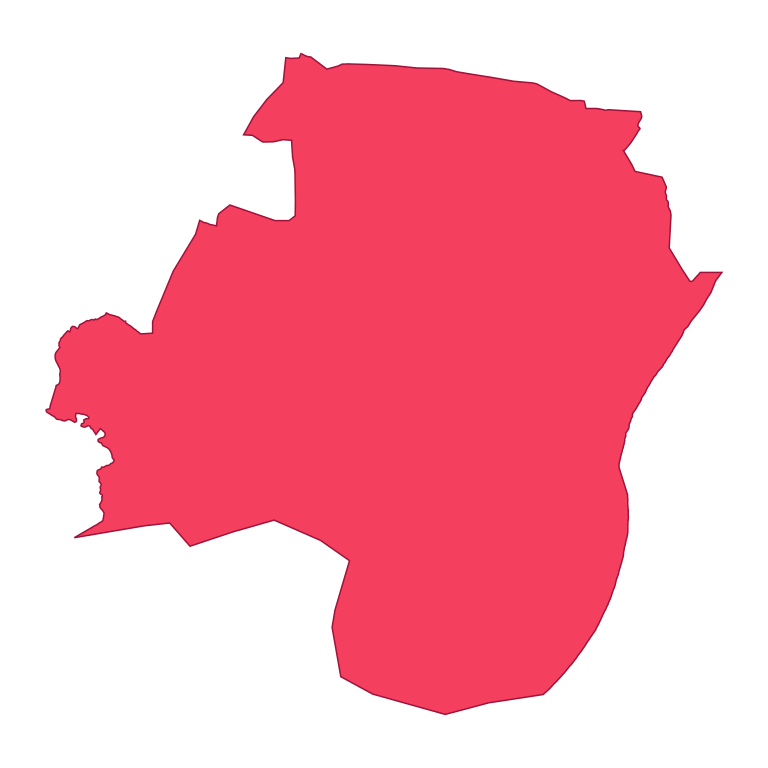 the district of Keta Municipal, Volta, Ghana
{"feature_id": "2480657B20833842549797", "entity_name": "Keta Municipal", "entity_type": "district", "adm_level": 2, "iso_a3": "GHA", "parent_name": "Ghana", "parent_adm1": "Volta", "projection": "mercator", "projection_center": [0.862, 5.938], "detail": "fine", "context": "isolated", "style": "filled", "palette": "rose", "viewbox_px": 768, "rotation_deg": 0, "n_neighbors": 0, "source": "geoboundaries", "source_scale": "gbopen_adm2", "svg_char_len": 5956}
<svg xmlns="http://www.w3.org/2000/svg" viewBox="0 0 768 768"><path d="M301.0,53.6L299.1,58.0L290.6,58.4L285.8,57.7L283.9,75.7L283.1,82.7L266.7,99.6L253.6,116.7L243.6,134.8L252.4,135.3L262.7,142.0L273.3,141.8L282.9,139.7L291.6,140.3L291.8,144.6L292.6,157.1L294.8,169.4L295.0,174.2L295.4,200.6L295.2,215.8L289.0,220.6L275.0,220.6L229.9,205.0L218.9,213.6L217.5,217.4L216.5,225.9L214.1,225.3L209.7,224.4L207.9,223.5L205.4,222.7L204.0,222.6L199.7,220.3L195.7,233.9L194.4,236.2L173.3,271.0L156.5,311.5L152.6,321.6L152.6,333.2L140.6,333.9L139.5,332.9L136.9,331.1L136.2,330.3L135.0,329.4L134.2,329.0L131.1,326.4L130.1,325.7L128.4,324.8L125.9,323.0L125.6,321.2L123.9,321.3L122.4,320.0L120.4,318.6L119.6,317.8L118.5,317.1L117.1,316.8L114.9,315.9L109.7,314.6L106.4,312.9L106.1,313.0L105.7,314.6L104.4,315.3L103.5,316.0L101.3,316.9L98.9,318.5L98.0,318.9L96.8,319.6L95.2,319.0L94.2,320.0L91.6,319.5L88.7,320.9L87.0,320.6L83.2,323.0L79.9,324.6L78.2,327.8L77.8,328.4L77.1,328.6L76.9,328.5L75.3,327.1L74.1,326.5L72.4,326.4L71.3,327.5L70.9,328.1L70.6,329.0L70.1,331.3L69.8,331.8L69.0,331.6L68.0,330.9L67.6,330.9L63.4,335.6L62.8,336.9L61.6,337.5L60.6,338.9L60.4,339.4L60.3,340.6L59.2,342.3L59.0,343.0L59.0,345.8L59.9,347.5L56.0,352.4L55.4,353.8L55.1,355.0L55.3,359.1L55.6,360.0L56.6,362.4L57.6,364.0L57.9,364.9L59.5,367.9L60.0,368.9L60.1,369.7L60.3,370.6L60.1,373.1L59.7,373.9L59.9,375.9L60.1,377.1L60.0,381.3L59.3,383.2L58.9,383.9L58.0,384.6L56.2,385.5L56.0,385.9L56.1,386.4L50.0,406.5L50.1,406.9L49.8,408.7L49.4,408.9L47.4,409.2L46.3,409.6L46.1,409.9L46.3,411.4L46.5,411.7L47.0,412.2L48.2,413.0L50.2,414.2L52.3,415.7L53.6,416.2L54.7,417.0L56.5,419.1L57.4,419.3L60.2,419.7L61.0,419.8L62.4,420.6L64.1,420.9L65.4,420.8L66.3,420.4L66.7,420.0L67.7,419.7L68.7,419.5L70.4,419.8L74.1,422.0L74.6,422.2L75.6,422.0L76.1,421.7L76.5,420.8L76.4,418.8L75.5,417.0L75.7,414.6L76.0,413.5L79.4,413.5L81.0,414.0L84.0,414.4L86.7,415.4L87.6,416.0L88.9,417.5L88.8,418.1L88.1,418.8L86.2,418.6L83.7,420.0L84.1,421.9L84.0,422.5L83.5,423.0L81.5,423.9L81.0,425.9L81.5,426.3L82.4,426.7L84.0,427.1L85.7,426.9L87.9,425.7L89.7,426.0L90.0,426.2L90.2,426.7L90.7,427.9L91.0,428.3L92.6,429.3L95.9,434.5L100.3,428.7L101.2,429.2L102.3,430.2L102.7,430.7L104.3,432.0L105.0,432.9L105.1,434.5L105.0,435.6L103.7,437.1L103.3,437.4L101.0,438.0L98.4,439.2L98.0,439.9L98.2,441.4L98.4,441.6L100.0,442.7L101.4,442.9L101.7,443.4L102.5,445.2L103.0,445.7L106.7,447.4L108.5,448.6L109.5,449.7L111.2,452.7L112.0,455.5L112.3,457.9L114.3,460.3L112.6,463.0L111.4,463.3L110.3,464.1L109.3,465.1L108.4,465.3L106.4,465.6L103.8,467.2L102.5,467.1L101.6,467.1L101.5,467.3L101.0,468.7L100.5,469.0L98.2,470.0L97.6,470.3L97.1,471.1L96.9,473.4L97.3,474.6L99.0,476.8L99.3,477.8L99.1,480.9L99.1,481.7L100.8,483.4L101.2,484.5L101.0,485.4L100.7,485.9L100.2,487.0L100.2,487.6L100.7,490.3L99.9,492.2L99.7,492.8L99.9,493.3L100.3,493.8L100.9,494.2L101.9,494.6L102.4,495.3L102.4,495.8L102.2,496.4L101.7,496.9L101.8,497.8L102.0,498.3L102.1,498.9L101.5,501.5L99.6,504.5L100.1,507.7L102.9,510.9L104.1,513.1L103.9,514.7L103.7,515.4L103.4,518.0L103.2,518.3L103.2,519.1L103.0,520.0L102.7,520.6L101.3,521.9L101.1,522.0L100.0,522.4L97.1,524.5L96.8,524.6L96.4,525.0L95.3,525.4L74.3,537.7L143.6,525.9L169.7,523.0L190.0,546.2L233.5,531.7L274.1,520.1L320.5,540.4L349.5,560.7L335.0,610.0L332.1,627.4L340.8,676.7L372.7,694.1L445.2,714.4L488.7,702.8L543.2,694.5L549.9,688.4L554.1,683.7L556.5,681.5L562.8,674.5L563.1,674.0L563.7,673.6L569.6,666.2L571.2,664.7L576.8,657.4L577.5,656.1L581.9,650.4L582.2,649.8L584.8,646.1L586.3,643.6L591.3,636.2L595.6,630.0L596.5,627.8L598.4,624.5L604.7,610.9L605.5,609.9L606.1,608.3L607.9,604.4L608.1,604.3L608.0,604.0L610.5,598.3L613.2,590.1L614.5,587.2L615.2,584.8L616.2,580.1L618.4,574.2L619.1,570.8L621.7,562.1L621.7,561.9L623.4,555.8L623.5,553.1L624.6,546.7L625.1,545.4L626.2,539.7L626.7,538.5L627.6,533.9L627.8,531.8L627.9,522.2L628.0,521.1L628.3,519.7L628.4,515.8L628.2,515.4L628.3,510.2L627.9,507.3L627.9,505.3L627.7,504.9L627.8,498.6L627.6,497.7L627.5,494.5L619.0,467.3L619.1,463.5L619.8,461.2L619.8,460.4L620.4,458.5L620.8,456.0L621.0,455.5L621.2,454.3L621.4,454.1L622.6,449.3L623.2,447.6L623.3,446.7L624.0,444.3L624.8,440.5L624.6,439.7L624.9,438.5L625.2,437.3L625.6,436.8L625.8,435.9L625.7,433.5L625.8,433.0L628.1,429.7L628.3,429.1L628.7,428.8L629.0,427.1L629.2,424.1L630.6,421.1L631.3,418.2L632.1,417.3L632.4,416.1L632.5,413.8L635.9,408.9L638.5,404.5L638.5,404.2L639.8,402.4L641.2,399.8L641.5,398.8L641.5,398.0L645.0,393.0L646.5,389.6L647.6,387.3L649.2,385.0L651.1,381.5L654.0,376.9L655.3,375.6L656.4,374.1L657.8,371.7L661.4,367.8L661.8,367.4L662.8,366.1L663.5,364.4L664.1,363.5L665.4,361.9L666.2,360.2L667.6,358.0L669.2,356.2L671.2,352.7L671.7,352.2L672.6,350.6L673.1,349.4L681.8,335.8L683.3,332.4L684.0,330.2L684.4,329.6L687.3,327.0L688.2,326.0L691.1,321.2L700.0,310.2L703.3,305.3L703.8,304.5L705.7,301.0L706.4,299.5L710.9,292.6L715.7,280.7L721.9,272.4L700.2,272.4L699.3,273.6L695.7,277.5L692.8,280.8L691.8,281.4L690.6,281.3L690.0,281.4L682.0,269.2L669.2,247.9L671.0,215.2L670.8,213.9L670.3,210.9L668.7,207.8L668.3,206.6L668.2,205.4L668.3,204.4L668.2,202.1L667.9,201.4L667.4,200.7L666.8,200.2L666.5,199.5L666.3,198.6L666.5,195.8L665.5,193.2L665.3,191.9L665.5,190.7L666.0,189.2L666.4,187.1L662.1,177.2L635.0,171.4L631.7,164.4L623.4,150.5L624.5,150.2L629.3,144.7L630.9,142.7L634.9,136.6L636.8,133.6L638.0,131.4L639.8,129.1L640.0,128.8L639.6,127.8L638.3,126.5L637.9,125.8L637.8,125.3L638.1,124.3L638.9,122.3L641.2,118.5L641.6,117.5L641.7,116.0L640.6,111.7L608.2,109.7L605.6,110.3L603.7,109.8L601.5,109.3L596.7,108.5L586.0,108.5L584.3,101.2L580.6,100.5L570.8,100.6L569.4,100.2L565.9,98.3L551.0,91.6L537.1,84.0L534.5,83.3L531.2,82.8L513.3,81.2L493.9,77.8L467.7,73.6L456.4,71.7L449.5,69.5L445.5,68.9L443.8,68.5L417.0,68.0L394.6,65.7L367.8,64.5L347.1,63.9L345.7,64.1L342.2,64.1L337.9,66.1L326.8,69.1L310.8,57.0L308.4,56.7L306.5,56.2L304.6,55.4L302.4,54.2L301.0,53.6Z" fill="#f43f5e" stroke="#9f1239" stroke-width="1.5"/></svg>